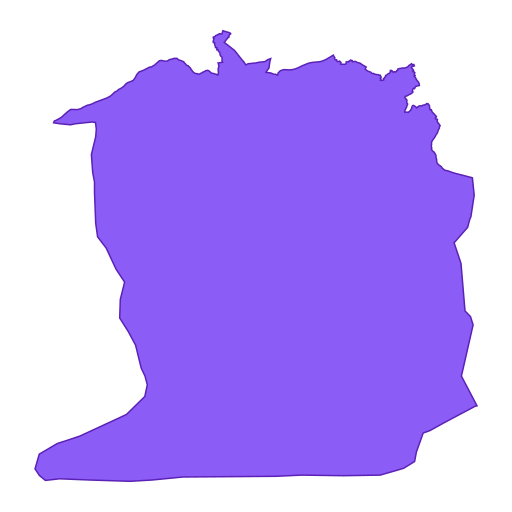 outline of Oluyole, Oyo, Nigeria
{"feature_id": "59680162B11018926765325", "entity_name": "Oluyole", "entity_type": "district", "adm_level": 2, "iso_a3": "NGA", "parent_name": "Nigeria", "parent_adm1": "Oyo", "projection": "mercator", "projection_center": [3.901, 7.219], "detail": "fine", "context": "isolated", "style": "filled", "palette": "violet", "viewbox_px": 512, "rotation_deg": 0, "n_neighbors": 0, "source": "geoboundaries", "source_scale": "gbopen_adm2", "svg_char_len": 5772}
<svg xmlns="http://www.w3.org/2000/svg" viewBox="0 0 512 512"><path d="M333.3,55.1L326.3,59.3L323.7,60.5L321.2,61.4L318.4,61.9L314.1,62.2L310.7,62.7L307.6,63.5L303.7,65.2L302.9,65.4L299.3,67.2L295.9,68.7L293.7,69.3L291.1,69.8L289.2,69.9L284.0,69.6L281.4,70.3L279.9,71.1L278.2,72.9L277.6,75.1L276.4,74.8L275.8,74.3L273.6,74.2L271.4,73.2L269.9,72.8L266.0,72.4L266.4,71.5L268.9,68.3L269.9,61.4L270.7,58.6L267.9,59.6L265.4,61.3L264.4,61.7L259.1,62.2L255.6,63.0L252.9,63.2L250.8,63.5L248.9,63.6L247.8,63.9L246.5,64.5L246.0,64.9L245.8,64.9L243.7,61.6L242.6,60.6L234.6,50.5L227.0,44.5L224.3,42.5L226.4,39.6L227.5,38.4L227.8,37.9L228.0,37.3L228.8,37.3L229.3,34.9L230.7,33.9L230.7,33.7L230.3,33.2L229.0,32.5L226.0,31.7L222.9,30.7L221.9,34.0L220.4,33.9L220.0,33.7L219.6,33.8L219.2,33.7L218.9,34.1L218.1,34.6L215.8,35.5L215.1,36.5L213.3,37.1L213.3,38.1L214.0,38.5L213.1,41.5L213.4,42.6L214.5,42.5L214.7,44.6L215.3,46.4L215.5,47.6L216.8,47.7L216.8,49.8L218.2,49.9L218.4,51.2L219.8,52.6L220.0,53.5L220.0,54.6L220.2,55.1L220.6,55.9L222.0,57.3L222.1,59.1L221.9,60.3L222.6,62.2L218.1,63.0L218.4,63.4L218.4,64.2L218.9,65.9L218.9,66.3L218.5,67.1L218.5,67.6L218.2,68.6L218.2,71.0L218.5,72.1L218.2,73.5L218.1,74.4L218.2,74.7L217.0,74.8L216.3,74.3L214.4,73.9L214.0,73.6L213.1,73.4L211.6,73.2L210.8,72.6L209.4,71.2L208.7,70.8L208.4,70.8L208.0,70.4L207.5,70.3L205.5,70.8L204.7,71.4L202.9,72.1L201.7,73.0L201.0,73.2L199.0,74.3L198.5,74.2L197.1,73.6L196.4,73.6L194.8,73.3L193.4,72.3L192.2,70.7L191.4,69.9L190.3,67.9L189.0,66.8L188.3,65.8L187.1,65.5L186.2,64.8L185.6,64.0L184.5,63.1L183.7,61.7L182.0,61.1L181.3,60.7L179.0,60.0L177.7,59.1L177.2,58.5L176.4,58.3L175.6,58.4L174.5,58.3L174.0,58.4L171.1,59.3L169.7,59.5L167.4,60.9L166.5,61.2L164.0,61.0L161.3,60.4L159.3,60.8L154.5,65.1L151.0,67.1L149.8,67.0L143.4,70.3L138.9,72.0L136.7,74.7L135.2,77.7L133.2,80.4L130.8,81.5L127.8,82.6L125.9,83.9L123.7,86.4L121.2,88.2L118.6,89.5L117.1,90.9L114.8,92.0L113.0,93.8L110.3,96.2L106.3,98.2L95.5,102.2L92.1,103.9L88.8,105.0L87.4,105.2L82.4,107.6L80.8,108.7L77.3,109.6L70.8,109.4L68.0,111.4L64.0,114.9L61.8,117.0L58.6,119.0L55.6,120.5L54.3,121.0L53.6,122.8L60.2,123.8L70.5,124.8L75.1,123.8L92.0,122.0L95.5,122.5L96.3,129.3L95.7,136.7L91.4,154.6L92.7,172.6L94.5,181.9L94.5,192.4L95.7,223.3L97.6,236.9L106.2,248.1L116.0,269.1L124.6,282.1L120.3,299.4L119.7,318.0L128.3,331.6L135.6,345.2L141.2,368.1L145.0,376.1L147.3,384.8L144.8,396.5L126.4,414.5L79.8,436.1L57.1,443.6L39.3,454.1L35.0,468.9L39.5,475.6L45.4,480.4L59.5,478.8L89.6,480.0L130.1,481.3L152.2,480.0L182.9,477.0L275.9,476.3L301.7,475.1L343.4,475.7L380.2,475.1L403.6,468.3L414.6,461.5L416.4,452.0L423.2,433.0L429.9,430.6L443.4,423.1L474.8,406.4L477.0,405.8L461.4,376.1L473.1,324.9L470.5,316.6L465.0,310.9L461.0,263.4L454.1,242.8L467.6,227.4L469.8,219.2L470.9,216.8L474.2,195.2L472.4,177.8L453.2,172.8L448.1,170.9L444.7,170.2L442.1,168.0L441.4,166.7L438.4,164.6L436.8,162.4L436.6,159.2L436.1,158.0L435.9,155.2L434.3,152.3L432.4,150.8L431.4,149.0L431.8,148.3L431.5,147.2L431.3,145.2L431.6,144.5L431.6,143.8L431.5,143.0L431.8,141.6L433.0,139.6L434.0,138.4L434.7,137.2L435.3,136.4L435.7,135.4L437.4,132.9L438.3,130.1L439.4,128.2L439.4,126.8L440.0,126.0L440.1,125.6L439.7,125.2L439.3,124.3L438.8,123.8L438.5,123.3L437.6,122.3L437.3,121.5L437.2,120.7L437.5,119.7L437.2,119.2L435.5,118.8L435.3,118.4L435.6,117.7L436.4,116.8L436.5,116.5L436.4,116.4L435.8,115.9L433.9,113.7L432.4,112.3L432.1,111.8L431.3,109.7L431.0,109.6L430.1,109.8L430.1,109.2L429.7,108.3L429.7,107.7L429.4,106.6L429.5,105.8L428.3,103.9L427.5,103.9L427.0,103.5L426.7,103.5L425.8,104.4L424.8,104.9L424.4,104.9L422.6,105.3L421.5,106.0L420.7,105.8L418.9,106.0L418.0,107.0L417.5,107.0L417.0,107.3L417.0,107.7L416.7,107.9L415.3,106.5L413.6,105.4L413.2,105.4L412.5,105.8L412.2,106.2L411.6,108.1L411.5,108.8L411.1,109.2L410.4,110.5L408.2,112.4L407.1,112.1L406.5,112.2L405.4,112.0L404.8,112.2L404.8,110.4L405.5,109.5L405.8,108.4L406.6,107.2L406.9,105.9L406.9,105.6L407.6,104.4L407.6,103.9L407.5,103.6L406.9,103.0L406.7,102.1L406.8,101.1L407.0,100.6L406.9,100.0L406.1,99.5L405.9,98.4L405.5,98.1L405.0,97.9L404.8,97.5L404.9,97.1L405.5,96.2L407.0,95.9L409.5,94.4L410.5,94.1L412.4,92.7L412.9,92.1L412.9,91.6L412.3,91.1L412.5,90.6L412.6,89.6L412.7,89.3L413.7,88.3L414.1,88.7L414.5,88.7L415.4,86.9L416.0,86.3L419.4,85.5L419.1,83.5L418.6,82.3L416.3,79.4L415.6,77.8L414.3,76.4L415.0,75.9L415.2,75.5L414.7,75.0L414.3,75.0L414.3,73.9L414.5,73.2L414.9,72.8L414.8,72.6L413.9,71.8L413.6,71.4L413.2,71.8L412.6,71.1L413.5,70.1L411.3,67.4L411.4,67.2L412.3,66.5L413.8,66.1L414.4,65.8L413.8,64.5L412.1,64.8L411.8,63.9L411.4,63.7L410.3,64.7L409.2,65.2L407.9,66.7L405.1,68.0L404.1,68.1L403.5,67.9L402.9,68.0L399.6,68.5L397.8,69.1L397.7,69.7L397.5,70.0L397.5,70.5L396.6,70.8L395.8,72.0L394.4,71.7L393.7,72.0L393.4,72.3L393.1,72.1L392.2,70.9L391.6,70.5L390.4,70.4L390.3,70.9L390.8,71.3L390.2,71.8L390.1,72.7L389.2,73.4L388.4,73.6L387.1,74.7L385.9,75.3L385.4,76.1L385.4,76.9L384.5,77.5L383.9,78.8L383.5,78.8L383.7,79.4L383.7,79.9L383.5,80.1L382.8,80.2L382.4,80.4L380.5,80.4L380.4,80.3L380.8,80.0L380.8,79.5L381.0,79.0L380.9,78.7L380.4,78.7L380.3,78.4L380.6,77.7L381.2,77.1L380.1,75.2L379.7,75.5L378.4,74.7L376.8,74.5L376.2,74.6L375.0,74.2L374.6,74.2L374.1,73.7L373.5,73.5L373.1,73.4L372.8,73.6L371.8,73.3L370.6,72.1L367.9,71.2L366.2,70.0L365.2,69.0L365.4,68.4L366.2,67.0L361.8,64.5L360.4,63.3L357.1,62.4L356.0,61.7L355.1,61.4L354.5,61.4L352.7,61.8L352.2,60.6L351.3,60.8L350.8,60.0L350.3,60.3L349.7,60.9L349.0,61.2L348.8,61.3L348.9,61.6L348.6,61.7L346.2,61.9L346.1,63.5L345.9,64.0L344.5,64.3L341.0,64.3L340.5,64.0L340.8,63.5L341.0,62.4L340.8,62.1L339.8,61.6L339.6,61.1L337.9,61.6L337.3,61.6L337.0,61.2L336.6,59.8L335.2,59.8L334.6,58.6L334.8,57.6L334.0,56.6L333.3,55.1Z" fill="#8b5cf6" stroke="#5b21b6" stroke-width="1.5"/></svg>